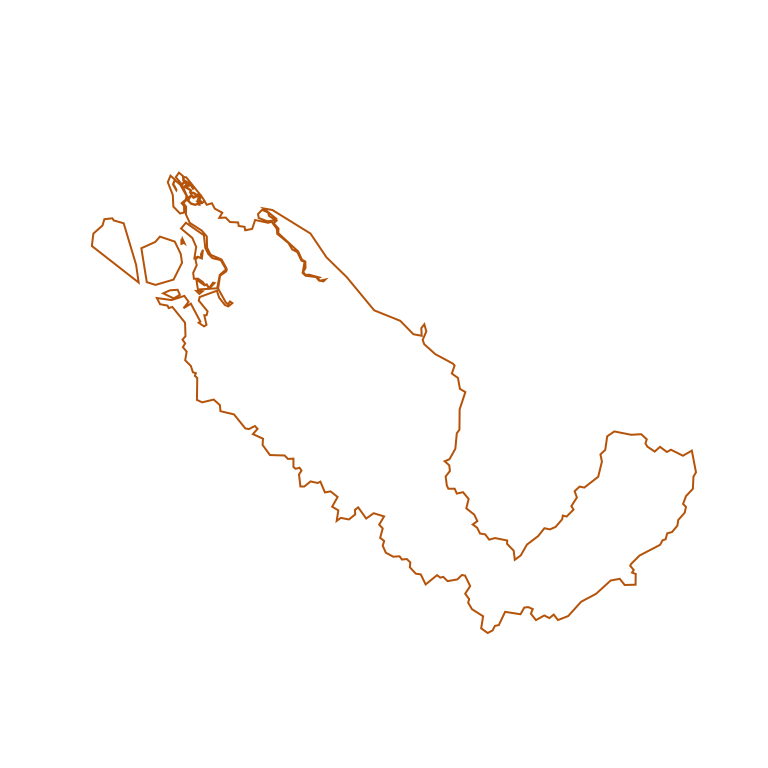 Nunukan, Kalimantan Timur, Indonesia (Mercator projection), rotated 218°
{"feature_id": "22746128B24707766174966", "entity_name": "Nunukan", "entity_type": "district", "adm_level": 2, "iso_a3": "IDN", "parent_name": "Indonesia", "parent_adm1": "Kalimantan Timur", "projection": "mercator", "projection_center": [117.147, 3.905], "detail": "fine", "context": "isolated", "style": "outline", "palette": "amber", "viewbox_px": 768, "rotation_deg": 218, "n_neighbors": 0, "source": "geoboundaries", "source_scale": "gbopen_adm2", "svg_char_len": 6141}
<svg xmlns="http://www.w3.org/2000/svg" viewBox="0 0 768 768"><g transform="rotate(218 384 384)"><path d="M389.0,455.9L389.0,451.0L384.0,445.2L391.5,441.3L410.0,443.8L437.1,436.0L479.3,445.3L507.3,448.4L534.6,457.3L579.1,452.4L587.0,448.2L570.5,447.9L569.2,446.2L570.1,442.8L562.8,441.5L560.2,437.8L533.2,435.6L525.1,431.4L521.4,432.1L517.3,427.1L516.7,422.4L512.7,421.7L510.6,423.9L500.6,428.1L501.5,426.5L498.1,425.9L494.5,430.3L494.9,427.6L498.8,425.5L503.4,426.4L512.5,421.0L516.5,421.4L521.8,431.4L525.1,430.4L533.5,434.6L539.2,433.5L546.0,436.2L560.6,436.6L564.0,440.3L572.6,442.7L574.5,439.7L586.5,433.9L583.4,425.0L588.0,419.7L590.6,422.0L595.8,419.1L598.4,421.5L605.1,416.8L611.2,417.7L616.1,413.5L616.9,419.4L625.3,418.0L630.9,420.5L634.0,416.1L638.3,417.7L638.7,414.5L639.7,413.3L640.0,413.5L639.8,414.3L641.1,414.2L641.3,415.2L643.9,414.8L642.1,414.6L641.8,413.9L642.8,413.0L641.1,413.0L640.3,412.0L640.3,411.3L642.2,410.7L642.9,408.9L646.9,407.2L651.3,407.7L652.7,408.7L653.6,403.1L649.1,401.9L644.5,395.7L636.3,391.4L622.1,392.7L614.5,391.2L607.3,382.5L600.3,379.1L588.7,382.1L580.3,378.6L578.3,377.4L577.7,375.6L579.8,368.4L573.5,357.1L558.7,350.8L556.0,351.0L556.2,354.2L553.3,354.4L554.4,349.3L558.0,348.3L567.0,350.5L573.1,354.6L582.8,339.0L581.3,335.7L567.7,332.6L566.2,329.0L567.9,327.5L560.3,321.3L561.3,318.6L567.8,318.2L567.1,320.1L585.7,328.4L588.6,320.3L588.6,328.5L595.6,330.5L603.0,319.4L615.9,311.9L609.6,309.0L602.9,312.5L600.4,311.3L598.2,314.4L578.5,309.8L569.9,299.5L570.1,294.9L565.7,293.6L565.2,289.2L559.4,288.0L555.3,280.3L547.3,279.3L541.8,275.6L538.9,276.7L538.1,274.0L534.9,273.8L521.6,256.3L516.0,257.6L508.6,266.9L500.3,266.3L496.1,261.9L483.5,267.7L465.9,263.6L462.7,265.3L459.9,271.4L456.0,270.8L456.5,263.8L445.7,266.4L442.1,261.2L430.1,257.8L418.3,266.5L413.6,265.8L409.4,269.4L404.2,262.8L401.4,262.8L399.0,266.0L395.7,265.0L395.3,260.4L386.8,251.8L383.7,254.1L381.9,262.0L375.4,265.1L374.0,267.9L363.8,262.2L360.0,266.5L351.0,266.4L349.3,255.4L342.2,256.3L337.0,247.0L335.6,251.9L328.2,255.7L326.4,263.5L329.4,266.9L328.4,270.9L315.2,267.0L312.6,275.8L302.4,279.7L301.2,270.2L296.1,269.4L292.3,260.4L287.2,260.4L285.5,255.8L278.7,252.2L270.4,253.6L265.7,257.8L261.8,256.7L258.3,260.1L253.4,259.6L250.8,255.5L242.2,254.1L237.8,256.6L227.8,251.7L224.5,266.0L220.4,266.1L218.6,268.5L212.5,267.8L205.9,275.2L205.0,281.5L202.1,282.9L191.7,277.8L190.9,268.7L184.4,266.9L183.1,263.5L176.0,260.7L162.9,262.0L157.0,251.3L149.0,251.6L146.7,256.7L147.7,261.7L145.1,264.7L148.3,279.0L134.7,286.6L135.8,294.2L133.0,297.0L128.2,298.2L126.8,293.4L118.9,291.5L115.2,300.3L109.5,301.4L108.3,306.8L101.6,305.1L96.0,314.5L94.6,333.8L87.7,349.3L84.4,368.7L78.3,375.6L70.6,373.8L62.2,380.7L68.7,389.3L72.4,388.1L72.7,391.2L78.0,392.3L78.5,394.2L77.0,406.2L67.4,427.3L68.3,432.3L66.5,435.0L68.9,440.7L65.9,444.6L65.6,453.0L68.4,458.0L67.8,467.7L70.4,473.1L74.5,473.6L77.0,481.6L76.1,491.6L83.1,501.5L83.8,506.5L100.4,521.0L104.3,511.5L117.4,508.9L119.2,504.6L127.8,504.4L129.1,497.4L138.1,496.8L141.4,498.2L142.9,502.2L150.4,502.8L157.9,496.2L173.3,488.4L175.9,480.2L169.1,468.3L170.1,461.8L164.5,457.0L158.1,442.8L162.4,425.7L166.7,423.6L167.8,416.9L162.1,413.3L161.2,403.2L157.3,401.7L158.5,392.0L162.1,390.4L160.3,387.1L160.8,377.0L163.7,371.6L168.8,369.1L168.9,359.0L172.5,345.4L170.7,333.1L172.7,326.0L179.2,332.5L188.6,333.8L190.6,336.5L201.6,331.0L205.3,326.1L211.7,327.8L216.3,325.3L222.1,328.1L227.6,327.9L226.0,333.4L232.4,336.6L242.6,336.7L246.5,345.5L255.1,347.4L259.2,342.5L263.8,345.0L268.8,341.1L272.0,342.7L278.5,349.1L278.5,356.0L282.5,360.1L288.6,360.5L286.1,365.0L287.9,376.9L296.3,390.0L296.4,394.4L308.8,410.6L314.9,427.7L321.2,426.9L329.4,434.3L337.0,434.0L339.7,442.0L342.1,442.5L361.9,439.1L376.8,440.1L380.7,442.6L383.0,451.5L389.0,455.9ZM699.2,312.9L639.8,312.9L652.7,325.3L688.1,350.4L697.6,346.5L700.1,347.3L705.8,341.7L703.4,335.6L705.6,323.6L699.2,312.9ZM633.6,318.2L625.1,321.4L614.1,336.7L617.8,355.2L624.2,361.3L636.5,367.4L651.3,362.2L651.7,355.1L658.8,341.6L633.6,318.2ZM596.1,350.7L588.8,343.9L574.4,356.7L580.6,368.9L579.0,377.1L588.9,381.1L596.8,377.5L602.5,378.3L608.6,381.2L617.5,390.3L639.4,389.1L639.6,381.6L625.0,381.1L616.4,376.4L610.9,366.5L609.0,369.8L605.2,370.7L608.1,373.5L609.3,378.3L604.8,370.8L608.7,369.5L609.3,366.0L604.7,362.3L602.8,354.1L598.6,349.9L595.3,352.5L589.2,352.8L586.7,351.6L585.0,353.4L580.8,351.9L581.1,358.6L579.7,359.2L580.5,351.5L584.9,353.1L586.2,351.3L596.1,350.7ZM659.2,394.1L649.7,392.8L647.0,396.1L651.1,401.1L654.8,401.9L653.7,407.4L655.5,410.7L667.2,415.6L674.1,416.0L673.1,411.4L671.6,411.3L667.0,409.2L666.9,408.8L673.3,411.4L674.6,416.3L680.5,416.7L678.6,409.9L666.8,402.9L659.2,394.1ZM604.6,331.2L610.4,326.0L613.8,319.5L602.4,322.0L599.7,328.6L604.6,331.2ZM587.3,446.2L587.9,440.3L584.9,437.7L576.1,440.4L570.2,446.3L578.1,445.7L581.0,447.8L587.3,446.2ZM658.3,417.7L655.2,417.8L654.7,417.4L654.9,415.8L653.5,415.4L652.1,417.4L650.5,417.7L648.3,416.9L648.1,418.1L645.3,420.0L667.0,425.1L669.3,423.9L667.1,421.1L665.3,421.8L661.0,422.1L660.4,421.7L660.1,420.5L659.7,421.8L658.9,422.0L653.8,419.9L659.1,421.8L659.8,420.0L660.7,420.4L660.7,421.9L665.6,421.4L661.3,419.0L662.2,416.8L658.3,417.7ZM655.6,417.6L662.1,416.6L662.7,417.5L661.4,418.9L665.6,420.5L665.7,416.6L653.0,409.8L652.2,413.8L650.5,414.4L648.7,413.6L648.5,415.0L647.8,416.0L647.2,416.4L651.4,417.4L653.0,415.3L653.8,415.2L655.0,415.7L655.6,417.6ZM645.3,417.8L643.4,418.8L648.0,417.9L647.0,416.5L648.7,413.4L652.2,413.6L651.2,408.2L647.2,407.5L642.9,409.3L642.3,411.1L640.4,411.6L642.9,412.9L642.2,414.5L644.0,414.1L644.1,414.8L643.1,415.7L643.5,415.8L644.0,415.2L644.4,415.3L644.5,416.0L645.3,417.3L645.3,417.8ZM675.4,418.8L666.3,416.9L665.9,420.5L667.6,420.9L670.5,424.1L675.7,424.3L675.4,418.8ZM645.3,417.8L644.5,416.2L644.2,415.3L643.4,416.0L641.1,415.3L639.7,414.5L639.8,413.4L638.9,414.5L638.4,417.9L644.7,420.0L646.4,418.5L643.4,419.0L643.2,417.6L645.3,417.8ZM589.0,341.8L585.0,341.3L584.1,345.2L589.0,341.8ZM632.4,374.4L631.3,371.8L627.8,372.0L632.4,374.4ZM631.3,371.5L629.9,369.7L629.2,371.0L631.3,371.5Z" fill="none" stroke="#b45309" stroke-width="2"/></g></svg>